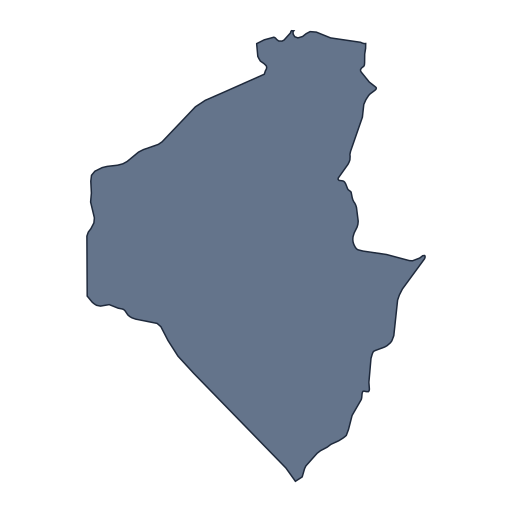 outline of Siemréab
{"feature_id": "KHM-1781", "entity_name": "Siemréab", "entity_type": "Province", "adm_level": 1, "iso_a3": "KHM", "parent_name": "Cambodia", "parent_adm1": "", "projection": "orthographic", "projection_center": [104.194, 13.577], "detail": "fine", "context": "isolated", "style": "filled", "palette": "slate", "viewbox_px": 512, "rotation_deg": 0, "n_neighbors": 0, "source": "natural_earth", "source_scale": "10m", "svg_char_len": 2305}
<svg xmlns="http://www.w3.org/2000/svg" viewBox="0 0 512 512"><path d="M291.5,30.7L293.8,30.8L293.0,31.8L293.2,34.2L294.7,36.7L297.9,37.9L302.6,36.5L306.1,33.7L310.1,31.6L316.3,32.1L330.6,37.9L360.6,42.3L362.4,43.1L364.2,43.6L365.7,43.5L365.6,48.4L364.7,54.0L364.6,62.8L364.4,65.0L363.7,66.4L362.5,67.2L361.4,68.2L360.5,69.7L360.6,71.1L361.3,72.2L369.3,82.1L374.7,86.3L376.1,87.5L376.3,88.3L375.9,89.4L374.8,90.4L370.1,93.9L368.6,95.5L365.9,99.7L363.8,104.4L362.4,117.2L350.6,151.2L349.9,154.4L350.1,156.4L349.9,159.9L349.1,162.1L348.0,164.3L338.2,178.1L338.1,179.4L339.1,180.4L342.2,180.8L343.6,181.2L344.7,182.2L345.7,183.9L347.6,188.8L348.2,189.7L349.1,190.4L350.1,191.1L351.1,192.1L352.2,197.6L352.9,200.0L353.8,201.8L354.8,203.2L355.8,205.3L356.5,207.6L358.2,221.2L357.9,224.3L357.1,227.1L354.2,232.9L353.0,236.8L352.8,239.4L353.0,241.6L353.5,243.5L354.2,245.2L355.2,247.1L356.3,248.6L357.4,249.5L358.4,249.9L363.2,251.1L386.5,254.5L409.3,260.6L412.5,260.8L419.0,258.3L420.0,257.8L422.7,255.7L424.6,255.5L425.0,256.0L425.1,257.1L424.6,258.7L402.4,289.0L399.4,294.9L397.6,300.1L393.8,335.7L391.8,340.9L390.4,342.8L387.0,345.7L384.7,347.0L375.3,350.5L373.7,351.3L372.9,352.4L372.2,354.2L371.0,358.4L368.9,382.3L369.4,389.2L369.1,390.8L368.3,391.7L366.0,391.6L364.6,391.2L363.2,391.2L362.6,391.8L362.1,393.4L361.7,397.8L361.3,399.5L352.1,415.4L348.5,429.5L346.3,435.4L345.2,436.4L343.3,437.9L338.7,440.8L331.4,444.1L330.7,444.5L327.3,447.1L320.5,450.7L317.1,453.3L305.9,465.9L304.6,468.6L302.2,476.9L295.4,481.3L285.9,468.0L193.8,373.4L178.0,356.2L168.0,340.5L160.9,326.7L157.1,323.4L135.9,319.2L131.9,317.8L129.7,316.5L127.9,315.0L124.9,310.6L123.6,309.5L122.3,309.0L118.2,308.2L109.2,304.6L100.5,306.1L96.5,305.3L94.3,303.9L92.3,302.3L87.2,296.1L86.9,236.1L88.3,232.1L90.9,228.7L93.9,222.9L94.4,217.9L90.6,202.0L91.4,193.1L90.8,181.2L91.5,175.3L94.9,171.2L102.2,167.6L107.2,166.4L117.6,165.2L122.9,163.8L127.1,161.5L138.5,152.1L143.4,149.6L158.3,144.4L162.0,141.9L195.4,106.8L205.3,100.3L223.4,92.4L264.3,74.2L265.4,70.8L266.4,69.0L266.7,67.3L266.2,65.7L264.0,63.6L260.4,61.1L258.9,58.6L257.8,56.4L256.7,44.2L256.7,43.6L256.9,43.5L264.3,39.8L273.9,37.2L275.4,38.0L276.8,39.6L278.7,41.0L282.0,41.1L284.0,40.1L290.5,32.9L290.9,31.5L291.5,30.7Z" fill="#64748b" stroke="#1e293b" stroke-width="1.5"/></svg>